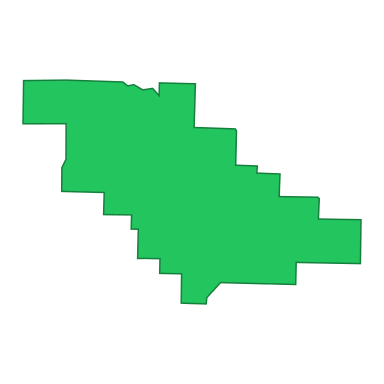 outline of Saline, Arkansas, United States of America
{"feature_id": "52423323B8225934162220", "entity_name": "Saline", "entity_type": "district", "adm_level": 2, "iso_a3": "USA", "parent_name": "United States of America", "parent_adm1": "Arkansas", "projection": "natural_earth1", "projection_center": [-92.653, 34.636], "detail": "fine", "context": "isolated", "style": "filled", "palette": "green", "viewbox_px": 384, "rotation_deg": 0, "n_neighbors": 0, "source": "geoboundaries", "source_scale": "gbopen_adm2", "svg_char_len": 763}
<svg xmlns="http://www.w3.org/2000/svg" viewBox="0 0 384 384"><path d="M137.6,258.5L144.8,258.4L160.0,258.7L159.7,273.4L181.6,273.8L181.2,303.1L188.3,303.4L206.2,303.9L206.8,297.6L220.5,282.6L266.1,283.8L269.2,283.8L295.7,284.5L296.2,262.4L299.6,262.5L360.4,263.6L361.0,219.7L327.0,219.2L318.4,219.0L319.0,204.3L319.3,198.7L317.8,197.2L279.2,196.6L279.5,186.8L280.0,174.0L277.6,173.9L256.8,173.1L257.3,166.0L235.7,165.2L236.5,130.8L235.2,128.9L194.1,127.5L195.4,83.8L159.4,82.9L159.1,95.6L152.6,88.4L142.8,89.9L133.9,84.7L127.7,85.9L122.9,82.0L66.1,80.1L23.6,80.6L23.0,123.8L66.1,123.7L66.0,159.3L61.9,167.6L61.7,191.4L104.2,192.5L103.6,214.6L131.6,214.9L131.4,221.6L131.2,229.1L138.3,229.2L137.6,258.5Z" fill="#22c55e" stroke="#15803d" stroke-width="1.5"/></svg>